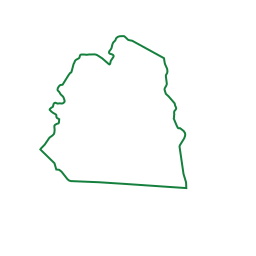 the border of As Suwayda', rotated 37°
{"feature_id": "SYR-143", "entity_name": "As Suwayda'", "entity_type": "Province", "adm_level": 1, "iso_a3": "SYR", "parent_name": "Syria", "parent_adm1": "", "projection": "orthographic", "projection_center": [36.682, 32.769], "detail": "fine", "context": "isolated", "style": "outline", "palette": "green", "viewbox_px": 256, "rotation_deg": 37, "n_neighbors": 0, "source": "natural_earth", "source_scale": "10m", "svg_char_len": 3118}
<svg xmlns="http://www.w3.org/2000/svg" viewBox="0 0 256 256"><g transform="rotate(37 128 128)"><path d="M210.7,140.9L199.4,148.3L175.0,164.2L159.2,174.5L137.3,188.9L114.3,204.8L112.5,205.4L110.4,205.3L101.3,202.9L98.2,202.8L95.7,204.3L90.5,200.4L70.9,197.9L70.8,196.9L71.4,192.1L71.5,191.6L71.1,183.4L71.2,182.6L72.2,179.4L72.3,178.7L72.4,177.3L72.2,176.7L71.9,175.9L70.5,173.6L68.5,171.4L67.8,170.3L67.8,169.9L67.9,169.3L68.6,167.6L69.6,166.3L69.7,166.1L69.5,165.1L67.8,162.4L65.5,162.7L65.1,162.7L64.8,162.6L64.3,162.3L63.8,161.9L63.5,161.4L62.9,160.8L62.5,160.7L62.2,160.6L61.9,160.6L59.1,161.0L56.9,161.0L54.5,160.6L54.3,160.3L54.2,159.8L54.4,158.7L54.5,158.1L55.0,156.9L55.2,156.2L55.0,155.7L54.2,153.8L54.1,153.0L54.3,152.1L54.6,151.8L54.9,151.5L56.7,151.0L57.2,150.8L57.4,150.6L57.6,150.4L58.4,149.6L58.6,149.4L59.1,149.1L60.1,148.5L60.5,148.2L60.9,147.8L61.0,147.6L61.2,147.3L61.5,146.1L61.5,145.3L61.2,144.7L60.5,144.0L58.6,142.7L57.7,142.2L57.1,142.0L54.2,141.7L53.6,141.5L51.4,140.6L51.1,140.5L50.7,140.5L50.0,140.4L49.4,140.3L49.0,140.1L48.8,139.9L48.5,139.6L48.2,138.8L48.0,138.4L47.9,138.0L47.8,136.9L47.8,136.2L47.9,135.1L48.2,134.3L49.7,132.8L48.7,121.5L48.7,118.8L48.9,118.4L49.0,118.2L49.2,117.7L48.6,115.9L46.1,109.8L45.8,108.0L45.4,106.8L45.3,105.8L45.3,105.4L45.4,105.1L45.6,104.5L46.7,102.2L46.8,101.9L46.8,101.5L46.8,101.2L46.8,100.9L46.7,100.6L46.6,100.3L46.2,99.5L46.0,98.9L46.0,98.6L46.0,98.2L46.3,97.7L46.8,97.2L49.1,95.5L50.8,94.5L52.8,92.6L57.2,89.2L58.2,88.7L59.8,88.3L65.5,87.9L73.9,88.5L74.6,88.5L74.9,88.4L75.0,88.1L75.1,87.7L74.8,86.8L74.1,85.4L73.9,84.8L73.8,84.5L73.8,84.2L73.6,80.2L73.4,79.6L73.3,79.3L73.1,79.1L72.9,78.9L72.7,78.8L72.4,78.7L72.0,78.7L71.3,78.7L71.0,78.8L68.8,79.6L68.6,79.6L68.4,79.6L68.1,79.5L67.9,79.4L67.6,79.3L67.4,79.1L67.1,78.6L67.0,78.4L66.9,78.0L66.9,75.4L66.8,74.7L66.7,74.1L66.5,73.5L65.5,71.3L65.1,70.2L64.8,69.0L64.8,68.5L64.8,68.0L65.0,67.1L65.1,66.0L65.1,65.6L65.0,65.0L64.7,64.1L64.6,63.8L64.6,63.4L64.6,62.9L64.8,62.2L65.0,61.4L65.5,60.6L66.2,59.7L67.0,59.0L69.4,57.1L70.0,57.0L70.9,57.0L74.9,57.5L76.0,57.2L78.8,55.8L114.7,50.6L115.0,50.8L116.3,52.2L116.9,52.7L118.1,53.9L119.3,54.8L123.5,57.1L123.9,57.4L125.5,59.2L126.1,60.3L126.2,60.9L126.5,62.9L126.8,63.4L127.1,63.9L132.1,69.0L132.4,69.4L132.6,69.7L132.8,70.3L133.2,71.7L133.3,73.2L133.4,73.9L133.6,74.5L133.7,74.8L133.9,75.0L134.2,75.5L137.2,77.6L137.6,77.9L140.1,78.2L140.9,78.2L150.2,80.2L150.9,80.6L151.1,80.8L151.5,81.2L152.3,81.8L153.9,82.7L154.4,83.0L154.6,83.2L154.7,83.5L154.8,83.7L154.9,84.0L155.0,84.3L155.0,84.6L155.0,85.0L154.9,85.6L154.9,86.6L155.0,86.8L155.0,87.0L155.3,87.5L155.6,88.0L155.9,88.4L156.1,88.6L156.3,88.8L156.7,89.2L156.9,89.4L157.1,89.9L157.2,90.2L157.4,90.4L157.5,90.6L157.6,90.8L157.9,91.2L158.3,91.5L158.5,91.9L158.8,92.9L166.0,97.1L167.9,97.9L168.1,97.9L168.7,97.7L168.9,97.5L169.1,97.4L169.5,96.9L170.2,96.8L174.3,96.9L176.5,97.7L177.6,98.7L178.2,99.7L178.4,100.2L178.6,100.8L179.1,102.4L179.8,110.2L179.9,110.8L180.0,111.1L180.4,111.9L200.0,131.3L207.0,136.4L208.2,137.8L210.7,140.9L210.7,140.9Z" fill="none" stroke="#15803d" stroke-width="2"/></g></svg>